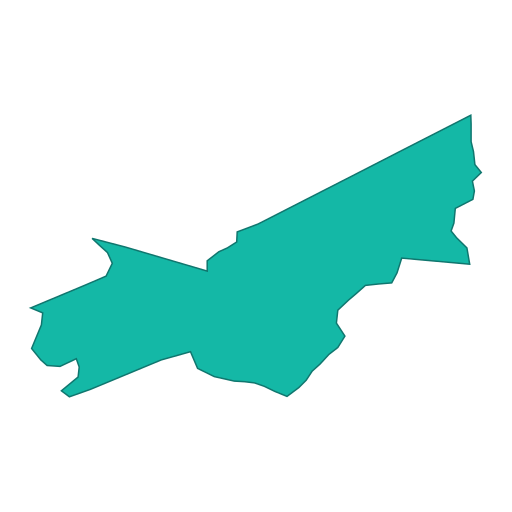 outline of Belém de Maria, Pernambuco, Brazil, rotated 270°
{"feature_id": "56859067B86605110153500", "entity_name": "Belém de Maria", "entity_type": "district", "adm_level": 2, "iso_a3": "BRA", "parent_name": "Brazil", "parent_adm1": "Pernambuco", "projection": "albers", "projection_center": [-35.819, -8.601], "detail": "fine", "context": "isolated", "style": "filled", "palette": "teal", "viewbox_px": 512, "rotation_deg": 270, "n_neighbors": 0, "source": "geoboundaries", "source_scale": "gbopen_adm2", "svg_char_len": 1019}
<svg xmlns="http://www.w3.org/2000/svg" viewBox="0 0 512 512"><g transform="rotate(270 256 256)"><path d="M280.1,237.2L270.0,236.7L264.1,227.4L260.3,218.9L251.2,207.2L240.9,207.2L265.0,125.2L273.6,92.1L267.3,98.8L259.4,107.5L248.7,112.3L235.9,106.1L227.1,85.7L204.1,30.7L199.1,42.7L187.1,41.4L163.5,31.6L152.0,40.9L146.5,47.1L145.6,60.0L153.3,76.3L145.0,79.2L135.0,78.1L121.2,61.4L115.2,69.4L122.6,90.3L144.5,143.0L152.1,161.3L160.3,190.5L143.6,197.6L135.4,214.3L130.9,234.3L130.3,244.7L129.1,254.5L125.7,264.3L120.6,274.8L115.6,287.0L124.4,298.8L131.8,306.2L140.9,312.2L147.9,320.0L157.6,328.9L164.5,337.8L175.9,344.9L188.9,336.4L201.8,337.8L211.9,348.5L218.5,356.3L226.6,365.4L228.0,378.3L229.1,391.7L239.1,397.0L253.9,401.7L247.8,469.7L264.1,466.9L274.2,456.6L281.0,451.1L288.9,453.9L303.6,455.3L312.7,472.9L321.0,474.4L330.9,472.4L339.5,481.3L347.4,474.9L360.3,473.5L370.4,471.1L388.0,471.1L396.8,470.8L360.3,399.4L339.5,358.9L288.0,258.1L280.1,237.2Z" fill="#14b8a6" stroke="#0f766e" stroke-width="1.5"/></g></svg>